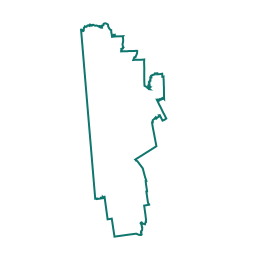 Uxpanapa, Veracruz, Mexico, rotated 82°
{"feature_id": "50627088B30619044405855", "entity_name": "Uxpanapa", "entity_type": "district", "adm_level": 2, "iso_a3": "MEX", "parent_name": "Mexico", "parent_adm1": "Veracruz", "projection": "orthographic", "projection_center": [-94.45, 17.306], "detail": "fine", "context": "isolated", "style": "outline", "palette": "teal", "viewbox_px": 256, "rotation_deg": 82, "n_neighbors": 0, "source": "geoboundaries", "source_scale": "gbopen_adm2", "svg_char_len": 5309}
<svg xmlns="http://www.w3.org/2000/svg" viewBox="0 0 256 256"><g transform="rotate(82 128 128)"><path d="M193.5,170.3L193.5,168.7L194.0,168.7L194.0,168.0L194.0,166.3L194.0,165.8L194.0,165.3L194.0,165.0L194.0,164.4L193.2,164.4L193.2,163.6L194.0,163.6L194.0,162.3L193.3,162.3L193.6,162.1L192.8,161.2L192.8,160.8L215.6,160.9L215.5,156.7L233.7,156.5L233.7,142.8L233.8,134.5L234.7,133.1L235.4,131.9L235.5,131.5L235.4,131.1L235.5,130.9L235.6,130.6L235.7,130.4L235.8,130.3L235.8,130.1L235.7,130.0L235.6,129.6L235.5,129.4L235.4,129.3L235.1,129.4L234.9,129.4L234.7,129.5L234.2,129.5L233.3,129.3L233.2,129.4L233.2,129.7L232.8,129.6L232.5,129.6L232.3,129.5L232.0,129.4L231.8,129.1L231.7,128.8L231.6,128.7L231.2,128.3L229.5,127.9L228.6,128.0L228.3,127.7L227.2,128.1L226.9,128.1L226.3,127.9L225.7,128.1L224.2,128.7L224.0,128.1L223.5,128.2L223.3,127.7L223.5,127.5L224.9,126.8L224.9,126.2L225.7,124.6L223.7,123.7L223.6,123.2L222.7,123.2L222.5,123.3L221.7,122.9L220.6,122.9L215.9,122.8L207.1,122.8L206.9,117.7L206.5,117.7L205.6,118.4L204.5,118.6L193.5,118.7L193.5,117.9L185.6,118.0L183.0,117.9L183.0,117.2L179.0,117.9L176.9,118.2L176.0,118.3L170.0,119.0L162.4,123.2L162.2,123.4L162.0,123.6L161.9,123.7L161.7,123.9L161.6,124.1L161.5,124.3L161.4,124.5L161.2,124.8L160.9,124.8L160.6,124.8L160.4,124.9L160.3,125.0L160.2,125.1L150.0,102.4L129.9,103.4L125.8,103.4L125.8,102.7L124.8,102.5L124.3,102.6L123.5,102.2L122.7,102.3L123.0,102.2L123.1,101.8L123.0,101.3L122.5,100.5L122.3,99.6L121.8,99.7L121.7,99.5L121.5,99.3L121.9,99.2L122.7,98.8L122.2,98.0L121.5,98.0L121.6,97.1L120.9,95.3L120.3,95.5L119.7,95.7L119.7,94.7L121.7,94.1L123.4,93.5L124.3,93.2L125.5,92.8L124.9,90.6L124.3,89.4L124.0,88.8L119.4,90.3L118.0,90.9L113.6,92.3L112.1,92.8L110.7,93.3L109.6,93.7L107.1,94.5L106.0,94.9L105.5,95.0L105.3,95.1L105.0,95.2L104.0,95.5L104.1,95.1L104.4,95.0L103.9,94.5L103.9,94.3L104.4,93.9L104.6,93.9L104.8,93.8L104.8,93.7L105.3,93.5L105.1,93.1L104.3,92.7L104.7,92.3L104.6,91.9L103.9,92.0L104.0,91.2L104.0,90.6L103.8,90.4L103.4,90.5L103.1,89.6L104.1,89.8L104.0,89.4L103.8,88.8L103.7,88.7L104.0,88.5L104.4,88.2L100.6,87.8L99.5,87.6L98.0,87.5L92.4,86.7L91.5,86.7L86.4,86.1L83.8,85.9L82.3,85.8L82.0,85.7L82.0,86.9L81.1,86.8L80.1,86.7L79.0,86.6L79.1,89.1L79.0,90.3L78.9,91.6L77.9,91.4L77.8,92.6L77.7,93.8L78.7,94.0L78.7,95.2L78.9,96.3L79.1,96.3L79.4,97.8L81.1,97.8L81.0,98.9L81.3,98.9L82.3,99.0L82.3,98.8L83.3,99.1L84.1,99.2L84.0,99.7L85.1,100.0L85.1,100.5L85.6,100.5L85.7,100.9L86.3,100.7L87.8,100.6L87.8,101.5L89.1,101.5L89.1,102.0L89.4,102.0L89.3,101.0L89.1,101.0L89.0,100.7L90.1,100.5L90.0,100.8L90.2,101.2L90.1,102.1L91.0,102.6L91.0,100.6L91.5,101.2L91.9,101.9L92.6,101.2L92.4,102.0L90.7,102.8L90.0,103.8L88.5,105.8L86.5,105.6L84.3,105.4L81.2,105.0L74.0,104.0L73.5,103.9L72.9,103.8L71.3,103.6L70.7,103.5L67.7,103.2L66.0,103.0L65.1,102.9L62.4,102.4L62.4,103.1L62.3,104.8L62.2,105.9L62.0,107.4L61.9,108.4L61.7,109.8L61.5,111.3L61.4,113.3L60.2,112.7L59.2,112.1L58.8,111.8L59.0,110.8L58.4,110.5L58.0,110.3L57.7,110.0L57.3,109.8L56.1,109.1L55.2,108.6L52.9,108.2L52.8,108.6L52.7,109.0L52.6,109.5L52.7,110.3L52.6,111.2L52.4,113.0L52.2,114.4L51.9,116.4L51.9,118.0L51.7,119.4L51.6,120.1L51.2,123.9L50.9,123.7L50.7,123.6L50.6,123.8L50.4,124.0L50.1,124.0L50.0,123.9L49.9,123.7L49.7,123.5L49.3,123.5L49.0,123.6L48.8,123.6L48.8,123.3L48.8,123.0L48.8,122.7L48.7,122.4L48.6,122.2L48.4,121.9L48.2,121.9L48.0,122.0L47.9,122.1L47.7,122.1L47.4,121.9L47.2,121.7L47.2,121.4L46.4,121.7L44.5,121.8L44.4,121.7L43.9,121.7L43.7,121.6L43.0,121.3L42.8,121.1L41.7,120.9L41.2,120.7L39.9,120.5L37.9,120.4L37.2,120.5L36.4,119.9L36.0,124.1L35.8,125.4L35.6,128.1L34.0,128.1L34.1,128.4L33.9,128.7L33.7,128.9L33.7,129.2L33.8,129.3L35.5,129.5L35.5,131.1L31.8,131.1L31.7,131.2L31.5,131.3L28.7,131.0L28.5,131.3L28.4,131.6L28.2,131.8L28.1,132.0L27.9,132.1L27.7,132.2L27.1,132.5L26.8,132.8L26.5,132.9L25.9,133.0L25.6,133.2L25.1,133.4L24.6,133.5L24.2,133.5L23.7,133.4L23.3,133.4L23.0,133.4L22.8,133.5L22.4,133.8L22.2,134.2L21.8,134.6L21.6,135.0L21.4,135.3L21.2,135.9L21.2,136.3L21.2,136.8L21.3,137.2L21.4,137.6L21.7,137.7L22.2,137.9L22.5,137.9L22.9,138.1L22.9,138.5L22.9,139.2L23.0,139.7L23.1,139.9L23.3,140.0L23.6,140.2L24.0,140.2L24.6,139.7L24.8,139.7L24.8,140.0L24.7,140.4L24.8,140.4L24.7,140.6L24.8,140.9L24.6,141.2L24.3,140.9L24.0,140.6L23.7,140.9L23.8,141.1L24.2,141.4L24.2,141.6L23.7,141.6L23.4,141.7L23.1,141.7L23.0,141.9L23.0,142.2L23.1,142.4L23.4,142.3L23.6,142.6L23.5,142.9L23.1,143.2L22.6,143.8L22.6,144.1L22.2,144.8L22.1,145.0L22.1,145.4L22.2,145.8L22.0,146.4L21.9,146.8L21.6,147.3L21.4,147.5L21.1,147.7L21.1,147.8L21.1,148.2L21.0,148.3L21.0,148.5L21.0,148.9L20.9,149.1L20.9,149.3L21.1,149.4L21.4,149.4L21.6,149.5L21.6,149.9L21.5,150.2L21.4,150.3L21.1,150.6L20.8,150.9L20.6,151.0L20.3,151.1L20.2,151.2L20.2,151.4L20.4,151.6L20.9,151.8L21.2,151.9L21.6,152.0L21.4,152.4L21.2,152.4L20.9,152.7L20.8,153.0L20.8,153.4L20.9,153.8L21.0,154.1L21.2,154.3L21.7,154.6L21.8,154.8L22.0,155.0L22.0,155.5L21.9,155.7L21.5,156.2L21.3,156.5L21.6,156.7L21.9,156.8L22.1,156.9L22.2,157.0L22.4,157.5L22.6,157.7L22.7,157.8L23.6,157.8L24.0,158.0L24.5,158.2L25.4,158.3L25.6,158.5L25.8,158.8L25.8,159.1L25.6,159.3L25.1,159.6L24.6,159.8L24.3,159.9L24.2,160.1L24.1,160.3L24.1,160.7L24.1,160.8L66.6,163.2L109.3,165.6L152.3,168.0L193.5,170.3Z" fill="none" stroke="#0f766e" stroke-width="2"/></g></svg>